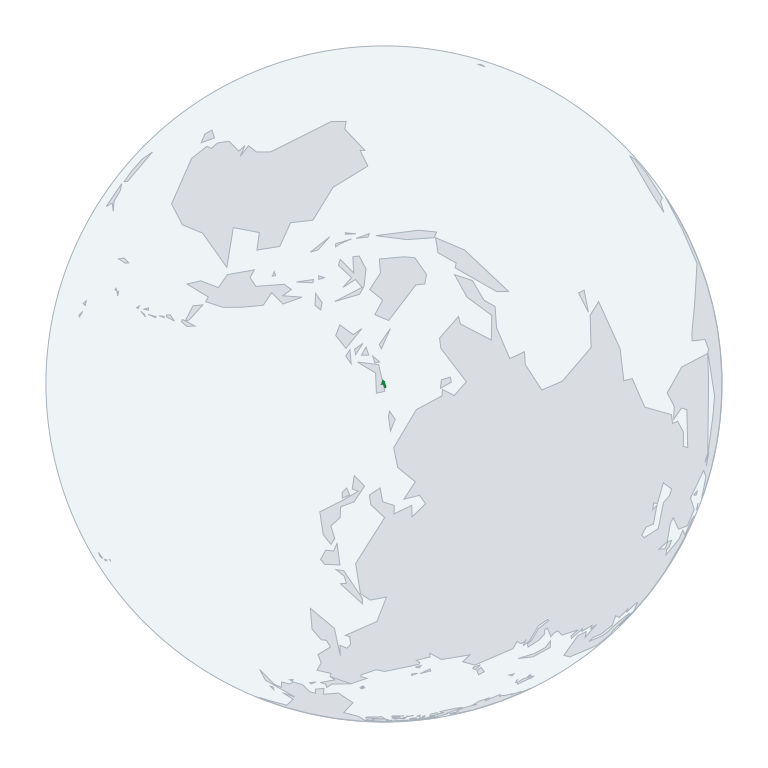 the Earth from above Ilocos Sur, rotated 166°
{"feature_id": "PHL-2548", "entity_name": "Ilocos Sur", "entity_type": "Province", "adm_level": 1, "iso_a3": "PHL", "parent_name": "Philippines", "parent_adm1": "", "projection": "orthographic", "projection_center": [120.535, 17.275], "detail": "fine", "context": "on_globe", "style": "filled", "palette": "green", "viewbox_px": 768, "rotation_deg": 166, "n_neighbors": 0, "source": "natural_earth", "source_scale": "10m", "svg_char_len": 11119}
<svg xmlns="http://www.w3.org/2000/svg" viewBox="0 0 768 768"><g transform="rotate(166 384 384)"><circle cx="384" cy="384" r="338" fill="#eef3f6" stroke="#a8b0b8"/><path d="M663.7,522.3L663.3,524.4L663.0,524.8L663.7,522.3ZM581.7,109.9L581.9,110.1L556.1,95.9L548.3,100.1L557.1,109.0L546.3,102.0L570.7,125.3L573.7,137.1L563.3,119.4L556.9,114.5L555.5,119.7L548.6,115.9L544.0,116.7L535.9,112.1L530.5,103.3L525.1,100.4L524.5,104.5L515.9,103.2L517.7,97.6L503.0,95.1L491.2,82.2L502.6,74.9L489.2,67.7L482.7,61.0L476.4,59.4L470.0,57.2L460.3,54.8L460.5,54.8L486.3,61.9L511.5,71.1L535.9,82.2L559.4,95.1L581.7,109.9ZM452.9,53.2L453.3,53.3L449.4,52.7L443.8,51.6L444.8,51.6L447.8,52.1L447.6,52.1L452.9,53.2ZM701.8,289.7L699.0,282.7L701.1,285.0L701.8,289.7ZM697.0,280.0L698.0,282.0L697.1,280.6L697.0,280.0ZM696.1,279.9L696.8,279.9L696.3,280.7L696.1,279.9ZM695.2,280.8L695.6,280.0L695.7,280.4L695.2,280.8ZM692.8,279.9L692.1,279.5L692.2,278.0L692.8,279.9ZM584.6,112.1L583.4,111.2L582.7,110.6L584.6,112.1ZM575.4,106.9L572.7,104.7L580.7,109.8L579.8,109.4L575.4,106.9ZM565.0,116.9L564.9,114.1L567.4,118.2L565.0,116.9ZM544.8,117.6L547.0,119.8L543.7,119.4L544.8,117.6ZM528.2,112.2L522.2,111.3L527.4,110.6L528.2,112.2ZM518.0,109.8L503.4,108.8L507.1,113.2L488.5,101.1L507.1,105.4L512.9,103.5L513.2,106.9L518.0,109.8ZM455.8,53.9L455.1,53.7L461.0,55.0L455.8,53.9ZM460.5,55.1L483.8,62.0L482.1,62.6L474.6,59.8L476.5,62.0L464.2,58.7L460.4,56.8L463.9,56.9L456.5,55.7L460.5,55.1ZM480.5,95.1L476.2,94.0L479.7,93.6L480.5,95.1ZM448.4,52.6L453.2,53.6L452.1,54.0L442.1,52.1L445.7,52.5L448.4,52.6ZM483.1,64.5L480.4,64.9L469.7,62.2L467.2,62.1L463.7,58.7L483.1,64.5ZM443.1,51.9L437.0,51.2L432.5,50.1L443.5,51.6L443.1,51.9ZM455.9,55.1L454.9,55.4L452.2,54.5L455.9,55.1ZM412.8,47.3L418.7,47.9L418.6,48.1L412.8,47.3ZM435.1,51.0L436.7,51.4L437.3,51.7L432.5,51.1L435.1,51.0ZM456.4,57.3L452.5,56.4L457.3,58.5L449.5,57.1L448.6,55.3L445.6,55.5L443.2,55.2L445.2,54.2L456.4,57.3ZM429.5,51.6L425.6,49.8L414.8,48.3L414.6,48.0L432.1,50.5L429.5,51.6ZM438.5,53.1L432.9,52.0L435.5,51.9L441.0,52.5L438.5,53.1ZM444.5,57.0L456.7,59.6L456.5,60.0L444.5,57.0ZM425.8,51.1L426.8,51.7L424.7,51.0L425.8,51.1ZM438.1,55.1L442.5,55.8L442.1,56.2L438.1,55.1ZM425.2,52.4L424.0,51.6L427.6,51.9L425.2,52.4ZM430.7,53.6L429.1,54.0L429.7,52.4L432.7,53.8L430.7,53.6ZM437.1,55.3L438.3,55.8L435.3,55.0L437.1,55.3ZM411.9,52.3L411.8,50.3L419.9,50.6L419.0,52.4L411.9,52.3ZM99.4,201.7L103.6,195.8L94.1,216.0L94.7,222.8L114.2,199.3L113.3,187.3L123.9,173.0L133.3,171.9L135.7,184.4L139.9,179.4L147.4,162.4L157.2,157.2L151.1,156.2L146.7,162.5L142.8,162.6L146.6,156.9L149.9,154.9L151.7,149.9L135.5,162.0L129.3,169.8L128.6,164.9L118.2,177.9L114.7,181.2L130.9,160.7L136.4,155.0L158.9,132.0L154.6,135.9L176.7,117.2L200.2,100.4L198.3,101.8L213.9,92.6L214.4,92.9L205.0,97.9L196.9,103.1L190.9,110.5L193.6,109.8L204.2,103.7L201.2,107.2L212.3,100.4L215.2,103.2L220.9,94.7L233.5,88.9L242.4,87.5L247.5,84.5L233.1,87.0L226.4,89.7L219.0,94.1L201.7,102.0L200.9,101.3L222.9,88.5L224.2,86.6L240.7,78.8L269.7,74.3L275.1,77.2L256.6,93.0L247.8,94.8L250.1,89.6L236.0,99.3L242.9,96.1L240.4,99.5L251.9,96.2L250.7,98.5L263.7,91.8L263.5,94.4L255.2,98.5L272.0,97.3L275.1,102.5L279.4,101.2L283.2,98.4L284.6,107.7L287.8,106.4L288.5,102.7L295.3,98.1L307.8,93.9L307.6,97.3L303.1,99.3L293.3,109.2L281.2,114.8L282.4,115.9L292.8,112.0L304.8,99.7L312.4,96.3L307.9,101.9L310.1,99.6L313.9,99.0L317.4,102.0L322.8,96.0L363.9,89.3L374.8,95.5L366.2,100.4L394.7,102.7L404.7,111.7L405.4,108.0L419.5,108.1L416.6,105.1L418.0,103.5L452.9,104.9L460.9,108.7L476.7,107.3L477.1,105.7L472.0,102.6L488.5,101.1L507.1,113.2L505.4,116.0L518.2,122.5L512.4,128.6L513.5,137.4L499.7,141.8L501.8,149.2L506.6,151.0L513.1,163.4L509.7,184.1L491.2,158.9L492.1,131.0L489.9,141.1L484.1,136.7L479.4,139.3L478.4,147.3L482.2,149.4L448.2,155.3L433.2,176.6L449.6,177.7L457.6,186.3L454.9,216.7L415.7,254.2L426.0,270.2L425.1,279.7L412.9,284.1L413.8,270.1L403.4,263.6L405.7,255.6L386.4,259.5L388.9,248.3L372.6,257.7L376.4,267.4L392.5,267.4L377.3,281.6L390.9,299.8L390.0,319.8L358.8,351.3L330.7,358.4L328.5,364.5L318.7,355.8L303.5,366.3L320.2,404.8L319.0,415.1L295.4,431.4L295.3,423.7L269.2,400.7L262.8,424.5L282.4,448.2L289.1,473.0L273.3,463.1L266.7,441.1L257.5,432.3L261.2,411.3L255.8,378.2L239.9,381.3L242.2,368.7L232.4,340.0L210.2,343.6L174.2,369.3L167.3,400.9L155.8,412.0L146.4,360.9L150.5,329.1L141.9,329.2L136.6,298.5L112.5,284.7L113.6,275.9L108.1,276.9L105.1,265.0L108.7,251.0L104.7,248.8L96.3,285.9L101.1,288.6L111.5,279.7L107.8,292.1L111.3,306.9L90.9,328.5L62.6,335.3L67.7,311.0L86.6,238.5L90.4,232.6L90.8,231.8L91.5,230.3L85.2,239.5L91.1,226.3L72.6,273.4L66.1,292.5L62.1,336.4L60.6,339.1L61.7,349.5L74.6,351.3L72.9,359.0L62.1,389.9L51.1,425.4L57.0,461.3L63.8,489.5L65.5,496.9L58.4,474.3L52.8,451.3L49.0,428.0L46.7,404.4L46.1,380.8L47.1,357.1L49.9,333.6L54.2,310.4L60.2,287.5L67.7,265.1L76.8,243.2L87.4,222.1L99.4,201.7ZM150.7,139.6L131.5,159.8L134.1,156.6L127.5,164.0L133.7,157.0L134.3,156.3L134.5,156.1L150.7,139.6ZM130.3,212.6L136.9,220.6L147.7,201.7L151.2,203.6L153.6,196.9L148.5,200.4L156.4,183.0L164.3,181.8L170.5,174.8L168.6,171.9L152.9,177.3L141.4,201.5L134.1,206.3L130.3,212.6ZM289.3,59.6L288.6,59.8L287.4,60.2L289.3,59.6ZM439.1,50.6L439.3,50.6L436.7,50.4L430.3,49.7L425.9,49.1L429.0,49.2L420.7,48.3L421.8,48.2L415.6,47.6L412.4,47.3L439.1,50.6ZM375.8,46.2L382.7,46.5L396.8,47.0L399.7,47.5L393.4,47.4L400.7,48.1L390.8,48.5L392.6,49.1L384.7,50.5L371.4,50.7L374.5,51.4L368.6,53.2L357.3,54.0L362.8,52.2L346.4,54.7L347.4,52.8L345.4,53.3L341.8,52.5L334.1,52.6L336.1,51.7L332.2,52.2L329.8,52.1L325.1,52.6L327.1,51.6L321.5,52.3L325.7,51.5L315.6,53.2L323.9,51.6L321.6,51.9L314.7,53.3L318.3,52.5L346.9,48.1L375.8,46.2ZM409.3,52.6L393.2,52.1L385.8,51.1L402.8,49.2L402.4,48.6L413.1,48.3L423.6,50.0L419.6,49.8L418.1,50.1L415.4,49.4L416.5,50.2L411.0,50.2L410.4,50.9L405.3,50.4L409.3,52.6ZM205.0,98.2L205.0,98.7L202.3,100.4L199.2,102.0L205.0,98.2ZM309.0,64.5L313.3,62.8L315.0,62.9L327.0,60.4L327.2,62.1L320.1,64.3L309.0,64.5ZM110.2,201.6L106.0,204.4L107.7,200.9L108.8,200.6L110.2,201.6ZM111.5,186.0L108.0,192.6L110.2,187.6L111.5,186.0ZM311.3,66.0L316.2,64.6L313.3,66.4L311.3,66.0ZM328.0,63.4L325.7,65.2L328.7,62.1L328.0,63.4ZM209.0,667.3L216.0,671.6L212.5,670.5L209.0,667.3ZM77.5,501.8L90.3,546.0L86.2,541.5L78.5,525.7L69.0,497.3L71.6,494.0L70.9,482.7L77.5,501.8ZM374.9,536.5L385.4,538.7L385.0,540.1L374.9,536.5ZM363.9,530.5L375.8,532.0L361.9,533.5L363.9,530.5ZM380.4,532.6L392.6,530.7L397.8,528.7L397.0,531.7L380.4,532.6ZM355.9,529.9L312.9,524.8L296.2,518.7L299.9,513.8L327.0,518.6L355.9,529.9ZM298.6,513.5L273.4,494.5L240.6,443.5L252.2,446.4L286.9,479.5L284.7,483.9L299.9,498.3L298.6,513.5ZM360.6,492.5L358.2,506.4L334.3,502.7L323.6,499.1L316.2,480.0L320.3,471.2L329.0,472.5L364.1,444.5L376.1,453.5L365.0,465.8L374.9,479.2L360.6,492.5ZM168.3,404.3L173.2,425.2L167.1,426.7L168.3,404.3ZM379.1,423.5L364.4,436.2L378.1,418.8L379.1,423.5ZM387.7,406.7L388.2,413.9L382.8,406.4L387.7,406.7ZM327.3,374.2L318.0,374.7L318.2,369.6L330.3,366.1L327.3,374.2ZM389.1,336.8L387.5,351.5L385.2,356.3L381.7,347.0L389.1,336.8ZM320.3,85.2L303.3,86.1L291.2,89.3L284.6,94.5L286.5,88.2L305.2,83.2L320.3,85.2ZM358.5,88.1L364.2,84.5L366.7,86.5L365.7,87.6L358.5,88.1ZM358.5,85.6L356.2,80.6L362.6,79.0L363.2,83.1L358.5,85.6ZM333.0,71.4L328.0,71.3L330.5,69.7L333.0,71.4ZM583.9,642.6L587.2,643.2L577.4,651.6L564.3,660.6L552.6,665.1L583.9,642.6ZM489.5,672.0L489.0,663.8L503.0,662.3L497.3,669.9L489.5,672.0ZM593.0,635.6L601.7,626.6L605.0,616.9L603.9,625.2L610.7,623.4L590.0,641.9L593.0,635.6ZM437.9,636.6L371.9,651.4L357.2,648.0L360.4,640.6L346.0,615.4L350.7,616.4L347.0,599.4L385.8,587.2L413.4,560.2L435.6,563.1L451.9,542.7L474.9,544.7L468.3,561.1L492.4,572.2L508.3,535.2L523.4,574.2L541.1,587.2L546.5,610.2L516.0,649.5L498.2,657.4L494.6,654.3L487.2,658.2L475.5,657.0L468.7,645.1L461.4,648.9L468.3,639.7L457.9,647.9L451.6,640.0L437.9,636.6ZM602.4,563.3L605.9,563.9L611.3,569.6L605.8,569.2L602.4,563.3ZM654.9,532.4L656.4,535.0L652.8,536.7L654.9,532.4ZM663.0,524.8L658.8,527.3L663.7,522.3L663.0,524.8ZM620.5,538.6L622.2,540.7L620.8,541.8L620.5,538.6ZM619.1,538.0L621.1,533.8L620.8,537.7L619.1,538.0ZM602.5,518.8L604.5,516.5L605.5,518.0L602.5,518.8ZM401.0,540.0L415.5,530.1L423.6,529.7L401.0,540.0ZM599.4,514.7L594.1,514.8L594.7,512.6L599.4,514.7ZM599.7,509.7L599.1,506.7L602.4,513.5L599.7,509.7ZM589.5,503.7L596.0,508.6L588.8,504.4L589.5,503.7ZM585.7,504.7L581.0,502.7L581.3,501.7L585.7,504.7ZM533.4,511.0L550.9,528.6L537.0,528.5L521.3,517.6L509.4,528.0L482.2,526.1L488.3,519.7L484.6,509.7L456.7,504.9L451.0,498.1L460.9,494.1L442.6,488.1L462.6,486.0L470.9,499.8L482.2,489.6L502.0,492.6L521.4,497.2L537.1,507.0L533.4,511.0ZM462.9,515.5L466.3,515.6L463.3,519.5L462.9,515.5ZM572.1,495.8L578.9,501.9L578.1,503.6L574.8,502.8L572.1,495.8ZM540.7,504.6L557.6,493.2L561.6,493.3L550.4,506.1L540.7,504.6ZM553.4,486.1L561.3,487.5L565.5,493.6L563.9,495.3L553.4,486.1ZM422.0,501.2L421.2,504.9L416.1,501.6L422.0,501.2ZM428.6,499.4L444.3,504.2L427.2,502.4L428.6,499.4ZM381.9,483.0L386.4,492.3L400.5,487.7L389.7,495.0L399.5,510.3L396.3,515.5L386.6,499.0L383.4,515.0L377.1,514.1L373.6,500.0L379.8,483.5L386.1,476.9L411.7,476.0L381.9,483.0ZM428.5,488.5L424.4,477.9L427.5,471.2L431.9,476.9L428.5,488.5ZM412.5,452.1L402.0,439.3L392.1,443.1L412.3,427.8L419.1,442.6L412.5,452.1ZM404.0,425.0L394.7,428.4L404.5,419.4L404.0,425.0ZM392.5,424.2L391.8,415.7L398.9,417.4L392.5,424.2ZM408.7,425.7L411.0,411.6L414.3,420.3L408.7,425.7ZM389.5,396.7L404.4,411.7L384.5,404.1L385.0,376.7L393.6,376.9L389.5,396.7ZM445.4,292.1L444.1,284.5L452.1,283.4L450.8,288.9L445.4,292.1ZM477.2,275.5L453.9,280.7L434.9,286.0L440.2,289.9L435.0,302.3L427.6,289.7L441.6,276.9L455.8,275.3L458.9,265.1L470.0,259.0L469.1,246.1L474.2,241.1L479.4,252.6L477.2,275.5ZM468.1,240.7L470.5,219.1L485.2,223.4L488.0,229.1L480.7,236.9L473.3,234.1L468.1,240.7ZM475.4,215.4L468.3,212.7L456.9,181.2L458.1,175.9L474.6,200.7L468.8,199.7L469.0,207.1L475.4,215.4ZM477.0,95.9L476.3,94.1L479.6,96.0L477.0,95.9ZM416.0,101.9L418.5,100.0L422.2,101.7L416.0,101.9ZM427.3,95.9L421.3,95.2L427.7,94.5L427.3,95.9ZM408.0,94.3L419.0,94.3L408.3,96.4L408.0,94.3Z" fill="#d9dde1" stroke="#a8b0b8" stroke-width="1"/><path d="M383.2,386.1L383.4,385.8L383.4,385.7L383.3,384.6L383.3,384.4L383.3,384.1L383.3,383.7L383.5,383.5L383.5,383.4L383.4,383.1L383.2,382.7L383.3,382.6L383.0,382.5L382.9,382.4L383.0,381.6L383.3,381.5L383.3,381.4L383.3,381.2L383.2,381.1L383.2,380.9L383.4,380.8L383.4,380.7L383.4,380.4L383.5,380.3L383.8,380.3L384.0,380.5L383.9,381.0L383.9,381.3L384.0,381.5L383.9,381.7L383.8,381.9L383.7,382.2L383.6,382.7L383.8,382.7L384.1,382.7L384.3,382.8L384.3,383.0L384.2,383.1L384.1,383.3L384.0,383.5L384.1,383.8L384.4,383.8L384.5,383.9L384.5,384.0L384.8,384.1L384.8,384.3L384.9,384.5L385.1,384.7L385.3,384.6L385.5,384.4L385.9,384.5L385.7,384.6L385.5,384.8L385.4,385.0L385.4,385.4L385.4,385.6L385.4,385.9L385.3,386.1L385.2,386.2L384.9,386.2L384.7,386.2L384.6,386.4L384.5,387.4L384.3,387.7L384.1,387.5L384.1,387.4L384.1,387.2L384.1,386.9L384.0,386.7L383.9,386.6L383.9,386.4L383.9,386.2L383.7,386.1L383.4,386.2L383.2,386.1L383.2,386.1Z" fill="#22c55e" stroke="#15803d" stroke-width="1.5"/></g></svg>